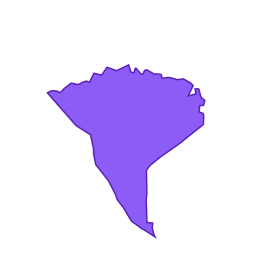 Santa María Jaltianguis, Oaxaca, Mexico (Albers equal-area conic projection), rotated 126°
{"feature_id": "50627088B4458408307451", "entity_name": "Santa María Jaltianguis", "entity_type": "district", "adm_level": 2, "iso_a3": "MEX", "parent_name": "Mexico", "parent_adm1": "Oaxaca", "projection": "albers", "projection_center": [-96.545, 17.361], "detail": "fine", "context": "isolated", "style": "filled", "palette": "violet", "viewbox_px": 256, "rotation_deg": 126, "n_neighbors": 0, "source": "geoboundaries", "source_scale": "gbopen_adm2", "svg_char_len": 1194}
<svg xmlns="http://www.w3.org/2000/svg" viewBox="0 0 256 256"><g transform="rotate(126 128 128)"><path d="M54.6,105.0L54.9,103.8L55.6,111.9L59.9,116.5L61.9,122.1L63.5,125.3L67.9,129.8L65.6,131.9L65.3,133.2L69.0,138.8L69.5,143.4L69.9,147.0L71.9,148.5L75.6,147.5L76.4,148.7L76.3,151.1L74.9,156.3L75.4,157.2L79.6,155.6L81.1,158.4L76.6,164.6L88.3,170.9L91.2,180.7L100.7,180.4L103.7,187.7L110.0,186.7L113.7,186.0L114.5,189.2L117.2,191.2L122.2,193.9L125.0,200.3L133.4,202.8L138.1,203.4L139.6,204.4L139.8,207.2L140.4,208.0L141.5,210.1L143.1,211.2L143.0,211.8L146.9,213.9L156.6,171.3L155.7,156.8L155.3,154.6L165.0,143.7L168.6,141.1L173.1,136.4L176.6,132.5L182.2,112.7L189.5,98.4L192.3,94.7L194.9,85.5L201.3,70.5L201.3,63.3L201.4,57.8L200.9,54.4L200.2,42.1L199.3,43.9L198.8,44.7L198.3,45.3L195.4,48.7L194.1,49.9L190.4,52.1L190.6,52.3L193.3,57.1L175.5,71.0L170.0,74.2L159.2,82.3L151.6,88.1L146.8,88.3L144.1,87.9L141.0,87.0L131.8,84.6L128.7,83.5L111.3,77.5L105.3,75.8L100.3,74.5L80.8,69.1L77.8,71.1L73.7,73.8L72.8,75.0L72.1,76.0L73.2,79.7L68.0,83.2L65.2,80.2L60.6,82.0L60.2,87.0L54.8,93.8L56.9,96.7L60.4,93.1L66.7,98.2L55.4,100.2L54.6,105.0Z" fill="#8b5cf6" stroke="#5b21b6" stroke-width="1.5"/></g></svg>